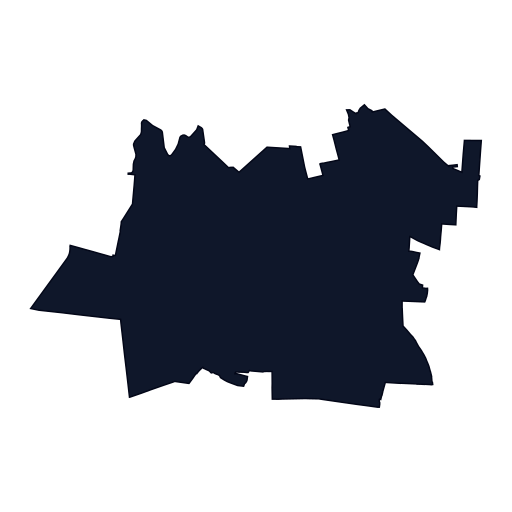 Murfatlar, Constanta, Romania (Mercator projection)
{"feature_id": "2599482B52491114446057", "entity_name": "Murfatlar", "entity_type": "district", "adm_level": 2, "iso_a3": "ROU", "parent_name": "Romania", "parent_adm1": "Constanta", "projection": "mercator", "projection_center": [28.386, 44.17], "detail": "fine", "context": "isolated", "style": "filled", "palette": "ink", "viewbox_px": 512, "rotation_deg": 0, "n_neighbors": 0, "source": "geoboundaries", "source_scale": "gbopen_adm2", "svg_char_len": 5548}
<svg xmlns="http://www.w3.org/2000/svg" viewBox="0 0 512 512"><path d="M481.3,140.5L476.7,140.5L464.4,140.4L464.4,140.8L463.2,154.5L462.5,163.9L461.9,172.0L461.9,172.3L452.6,168.4L452.6,167.1L457.3,166.6L457.1,164.7L453.0,165.2L448.9,165.6L448.8,166.4L443.7,162.1L428.2,146.8L422.4,141.3L391.7,115.3L384.9,109.0L374.1,111.6L372.3,112.0L371.9,110.7L367.9,108.7L364.4,104.8L360.3,108.2L359.0,110.3L358.1,112.7L356.4,113.0L356.0,113.7L352.9,111.8L349.9,109.8L346.6,109.9L348.4,114.2L349.1,117.6L348.6,120.1L350.2,126.7L347.9,127.4L348.7,130.5L343.3,132.0L337.3,133.5L332.6,134.7L334.1,140.2L335.4,145.4L336.4,149.4L337.6,153.8L338.8,158.3L339.2,160.0L337.5,160.3L331.3,161.6L327.1,162.4L325.8,162.7L323.5,163.2L322.6,163.2L320.5,163.6L319.9,164.0L320.1,164.5L322.2,172.3L323.0,175.4L307.7,179.0L305.8,171.8L304.6,167.1L300.6,146.9L296.6,146.7L296.2,146.4L289.5,146.0L289.8,148.6L267.0,147.2L239.0,172.3L233.2,167.3L230.2,167.4L228.5,167.7L221.9,161.4L203.9,144.5L204.5,143.3L204.5,142.5L202.6,129.3L202.1,128.5L201.3,127.7L198.2,125.9L196.7,129.8L190.7,136.5L189.6,137.2L188.1,137.3L185.7,135.6L184.5,135.1L183.0,135.1L180.8,136.2L180.0,137.3L178.2,144.1L175.6,149.4L171.6,154.9L170.4,155.7L169.2,155.8L167.7,154.6L164.2,147.7L162.3,132.1L161.8,131.0L160.8,130.0L156.7,127.8L152.6,125.6L146.3,120.4L144.5,120.0L144.1,119.9L144.1,120.2L143.8,120.2L143.4,120.4L142.7,120.9L141.7,122.2L141.5,123.6L141.6,124.5L141.6,126.4L141.5,129.0L141.5,131.3L141.3,132.6L140.7,134.5L140.5,134.8L136.0,139.8L134.8,141.2L133.6,144.1L133.6,145.2L134.2,147.7L136.0,154.3L135.9,156.8L135.6,157.8L135.0,159.3L134.0,161.1L133.9,161.9L133.4,164.1L133.3,166.8L133.2,170.2L133.0,170.8L132.8,171.5L132.5,171.9L132.0,172.5L131.5,172.8L131.0,173.0L130.4,173.0L128.2,173.2L128.2,174.2L129.8,174.2L135.0,174.8L134.2,185.1L132.5,204.1L131.3,206.0L127.4,212.2L123.5,218.4L122.0,220.7L121.3,221.7L121.2,223.8L120.5,228.6L120.2,230.6L120.3,231.7L118.6,240.0L118.5,240.3L117.3,246.2L116.0,252.5L115.4,255.5L114.0,255.4L113.7,255.2L113.0,255.2L113.1,256.4L111.4,256.7L110.3,256.6L105.1,255.1L98.6,253.3L93.0,251.7L86.5,249.9L86.4,249.9L78.6,247.7L70.2,245.4L70.0,246.5L70.1,247.7L70.0,249.9L69.8,251.5L69.4,253.5L68.7,255.4L67.4,258.0L53.9,276.6L48.5,284.0L30.7,308.5L38.9,310.2L62.0,312.7L78.6,314.7L90.9,316.1L109.4,318.2L120.2,319.3L120.6,319.3L121.0,323.4L122.8,339.0L124.5,354.2L126.3,369.3L128.1,384.8L129.5,397.2L130.0,397.1L141.3,393.2L151.4,389.5L164.3,385.0L172.9,382.1L174.7,381.4L188.8,383.4L189.0,383.4L190.9,380.8L191.8,379.6L193.1,377.8L194.3,376.0L195.4,374.5L196.1,373.4L196.6,373.7L196.8,373.6L196.9,373.3L197.0,373.2L197.3,372.8L197.6,372.5L197.8,372.2L198.0,372.0L198.2,371.7L198.4,371.4L198.7,371.2L198.8,371.0L198.9,370.9L199.1,370.7L199.3,370.5L199.3,370.4L199.6,370.2L199.8,370.0L200.1,369.7L200.3,369.5L200.6,369.2L200.8,369.0L201.1,368.8L201.3,368.5L201.6,368.3L201.9,368.1L202.4,367.7L202.7,367.5L202.9,367.3L203.6,368.3L205.3,369.0L206.0,369.4L207.6,370.1L208.6,370.5L209.2,370.9L209.9,371.5L211.1,372.8L211.5,372.9L212.2,372.7L213.0,372.5L213.7,372.7L214.7,373.4L216.3,374.1L217.6,374.5L219.0,375.2L219.5,375.7L219.9,376.2L220.2,376.9L220.5,377.6L224.3,380.0L227.3,381.6L231.1,383.1L237.6,385.5L243.6,386.2L244.6,383.5L244.9,383.4L245.5,382.9L246.4,381.6L247.0,380.2L247.5,376.5L245.7,376.1L236.4,373.6L234.9,373.7L235.0,373.2L235.3,372.6L236.0,372.0L236.5,371.9L238.8,372.1L243.7,372.2L246.6,372.5L247.5,372.5L248.1,372.5L249.4,370.5L251.1,370.9L257.0,371.4L262.9,371.9L264.1,371.5L266.6,371.4L272.1,371.5L272.2,383.7L272.1,387.6L272.3,399.1L275.1,399.1L276.7,399.2L278.2,399.2L282.2,399.0L305.5,398.5L308.1,398.6L317.7,398.8L318.7,398.8L321.7,399.3L326.5,400.0L345.9,402.8L346.0,402.8L353.6,403.9L357.1,404.4L365.6,405.5L377.8,407.2L379.3,407.2L379.7,404.3L379.7,402.5L379.2,401.2L379.4,399.3L379.8,399.1L380.2,399.3L380.7,399.5L381.7,395.4L381.9,395.4L382.5,392.9L382.4,392.9L385.3,382.4L398.4,383.2L400.2,383.3L400.2,383.2L416.3,383.9L416.4,384.0L417.0,384.1L417.8,384.1L418.4,384.1L419.2,384.2L421.1,384.2L422.6,384.3L424.8,384.4L425.0,384.3L430.6,384.6L430.8,384.7L431.8,384.7L432.2,384.6L432.7,384.5L432.4,382.2L432.0,381.8L431.9,381.4L431.7,378.6L431.6,377.8L431.6,376.4L430.4,371.5L430.3,371.4L429.7,369.3L428.9,366.3L428.1,364.2L426.6,360.7L425.7,358.3L424.0,355.0L422.3,352.2L421.4,350.6L418.6,346.6L418.2,345.9L416.4,342.6L415.4,340.5L415.3,340.4L414.2,339.0L412.9,337.0L410.4,334.4L407.2,330.6L404.5,327.6L403.9,327.0L403.5,326.5L403.0,326.0L402.7,320.1L402.4,313.6L402.2,308.5L402.2,308.3L402.1,308.1L402.1,307.5L402.1,301.0L424.7,301.9L424.8,301.7L425.3,300.5L426.1,297.9L426.7,296.3L427.3,293.2L427.6,290.1L427.5,288.3L426.1,288.4L425.7,288.4L424.7,288.2L422.4,288.0L422.6,285.1L419.2,284.0L417.3,281.5L412.8,274.8L415.5,267.8L417.3,263.1L418.4,260.0L418.4,259.7L418.9,258.5L419.1,256.8L419.9,253.1L416.2,252.4L413.2,251.7L411.7,251.4L410.7,251.3L409.7,251.2L409.2,251.2L409.0,250.9L408.8,250.9L409.1,247.8L409.4,243.2L409.8,236.5L409.9,236.4L414.3,238.8L417.2,240.4L418.2,240.9L421.4,242.3L423.6,243.2L426.7,244.6L430.5,246.2L432.1,246.9L434.8,247.9L437.3,248.8L439.4,249.6L439.4,249.4L439.6,247.1L440.1,243.2L440.4,239.9L440.6,236.7L441.2,230.3L441.7,223.9L448.7,224.4L455.8,224.8L455.9,222.3L456.3,213.6L456.7,206.9L456.8,206.1L461.7,206.3L467.7,206.6L469.8,206.7L472.9,206.9L476.7,207.3L476.7,206.4L477.0,201.3L477.3,193.7L477.5,185.8L477.7,180.6L477.7,180.4L478.3,180.1L478.8,179.4L479.0,179.3L479.3,179.4L479.9,176.0L478.8,175.5L479.6,163.7L480.0,158.1L480.5,151.1L481.3,140.5Z" fill="#0f172a" stroke="#020617" stroke-width="1.5"/></svg>